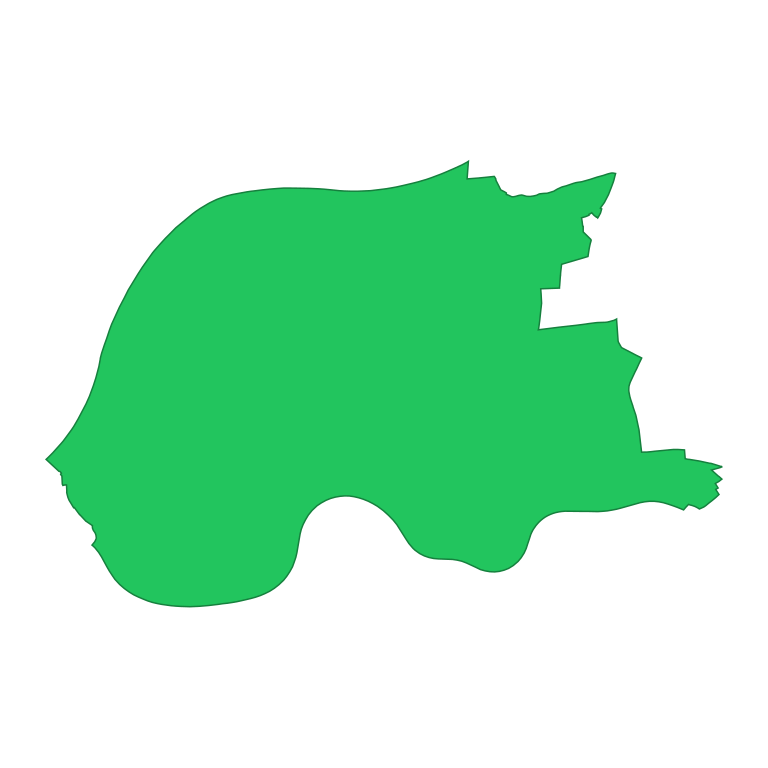 outline of West Maas en Waal, Gelderland, Netherlands
{"feature_id": "6326949B55972615712171", "entity_name": "West Maas en Waal", "entity_type": "district", "adm_level": 2, "iso_a3": "NLD", "parent_name": "Netherlands", "parent_adm1": "Gelderland", "projection": "albers", "projection_center": [5.532, 51.852], "detail": "fine", "context": "isolated", "style": "filled", "palette": "green", "viewbox_px": 768, "rotation_deg": 0, "n_neighbors": 0, "source": "geoboundaries", "source_scale": "gbopen_adm2", "svg_char_len": 5992}
<svg xmlns="http://www.w3.org/2000/svg" viewBox="0 0 768 768"><path d="M468.4,161.3L467.2,162.1L461.8,165.0L453.2,168.9L445.8,172.1L441.5,173.9L432.5,177.3L430.0,178.2L426.2,179.5L420.4,181.2L418.4,181.8L412.0,183.4L403.1,185.5L396.3,187.0L391.9,187.8L386.6,188.7L382.8,189.2L372.1,190.5L370.1,190.7L358.2,191.2L350.6,191.2L344.1,191.0L339.3,190.7L330.6,189.8L324.3,189.2L318.6,188.8L309.5,188.4L298.3,188.2L290.2,188.1L283.5,188.1L277.3,188.5L269.9,189.1L262.3,189.9L255.1,190.8L250.7,191.3L246.7,191.9L235.2,194.0L232.0,194.6L228.9,195.4L226.9,195.9L223.2,197.1L220.1,198.2L216.9,199.4L213.7,200.9L209.8,202.8L207.8,203.9L204.5,205.9L200.3,208.4L195.7,211.5L192.4,214.0L175.8,227.8L170.8,232.9L165.5,238.2L161.1,243.0L154.4,250.6L152.6,252.8L142.5,267.0L138.1,273.8L128.3,289.9L124.5,297.5L119.4,307.2L111.6,324.3L109.5,330.0L106.6,338.7L104.3,345.1L101.6,353.3L100.3,358.3L100.3,359.0L98.9,366.5L95.9,377.8L93.4,385.6L90.0,394.8L89.4,396.4L86.0,404.0L78.1,419.0L74.2,425.7L73.6,426.7L71.3,430.1L65.5,438.0L63.1,441.2L62.0,442.5L52.8,452.8L47.6,458.0L46.1,459.4L58.8,471.2L58.9,471.3L60.2,471.6L61.4,473.2L60.6,474.2L60.9,474.8L61.2,475.2L61.8,475.8L62.0,476.1L61.9,476.5L62.0,477.8L62.3,484.2L62.9,485.2L62.9,485.4L63.8,485.3L63.9,485.1L64.0,485.0L65.6,485.0L65.6,484.9L66.5,484.9L66.8,491.1L66.7,492.4L67.1,494.3L67.5,495.8L67.8,497.0L68.4,498.6L69.1,500.3L70.9,503.2L73.3,507.2L73.9,507.9L74.4,507.6L79.4,514.4L79.5,514.3L85.9,521.2L86.3,521.4L92.4,525.6L92.3,526.0L92.4,527.3L92.5,528.2L93.2,530.0L93.5,530.6L94.9,532.5L95.4,533.6L95.8,534.7L96.0,535.4L96.3,538.0L96.1,538.9L95.3,540.6L94.7,541.8L92.0,545.1L94.8,547.6L98.6,552.3L101.6,557.0L106.7,566.4L109.4,571.1L112.5,575.8L114.9,579.3L119.6,584.4L124.3,588.5L129.0,591.9L133.7,594.8L138.3,597.0L143.0,599.0L147.7,600.9L152.4,602.4L157.1,603.5L161.8,604.4L171.1,605.7L175.8,606.1L180.5,606.4L189.9,606.7L199.2,606.3L208.6,605.5L218.0,604.4L222.7,603.7L227.4,603.2L232.1,602.5L236.8,601.7L241.4,600.7L246.1,599.6L250.8,598.5L255.5,597.2L260.2,595.6L264.9,593.6L269.6,591.3L274.3,588.3L279.0,584.6L283.7,580.1L286.8,576.2L289.9,571.5L292.5,566.8L294.2,562.1L295.8,557.4L296.9,552.7L300.1,533.9L301.3,529.2L303.1,524.5L305.5,519.8L308.3,515.1L312.1,510.4L317.1,505.7L321.3,502.9L326.0,500.3L330.7,498.4L335.4,497.1L340.1,496.3L344.8,495.9L349.4,496.0L354.1,496.7L358.8,497.8L363.5,499.3L368.2,501.2L372.9,503.6L377.5,506.3L383.3,510.6L388.5,515.3L393.1,520.0L396.9,524.7L405.8,538.8L408.9,543.5L412.9,548.2L414.9,550.1L419.6,553.5L424.3,555.9L429.0,557.5L433.7,558.5L438.4,558.9L452.4,559.4L457.1,560.1L461.8,561.2L466.5,563.0L475.8,567.3L480.5,569.6L485.2,570.9L489.9,571.7L494.6,571.9L499.3,571.4L504.0,570.2L508.6,568.4L513.3,565.5L518.0,561.5L521.1,557.8L524.1,553.1L526.2,548.5L527.7,543.8L529.3,539.1L530.8,534.4L531.7,532.4L532.7,530.4L533.8,528.6L535.1,526.8L535.9,525.6L537.1,524.2L538.7,522.4L540.8,520.4L543.0,518.6L545.3,517.0L547.8,515.6L550.4,514.4L553.0,513.4L555.6,512.6L558.9,511.9L561.7,511.5L565.0,511.2L583.7,511.4L588.4,511.4L597.8,511.6L602.5,511.3L607.2,510.9L611.9,510.1L616.6,509.2L621.2,508.0L640.0,502.7L644.7,501.8L649.4,501.3L654.1,501.3L658.8,501.8L663.4,502.7L668.1,504.1L672.8,505.7L677.5,507.4L683.6,509.9L685.9,507.2L688.6,504.4L689.8,504.9L692.2,505.5L693.6,506.0L695.0,506.5L696.2,507.1L697.7,507.9L699.4,509.0L703.8,507.0L704.1,506.8L705.7,505.7L708.7,503.2L711.8,500.8L714.0,499.0L715.8,497.5L719.0,494.5L715.7,489.4L718.1,488.0L715.3,483.5L719.1,481.3L721.9,479.1L719.1,476.6L718.3,476.1L717.3,475.2L711.5,470.0L720.2,467.6L721.8,466.9L721.6,466.5L721.4,466.6L715.1,464.6L710.8,463.3L710.6,463.3L710.3,463.4L699.2,461.0L688.8,459.3L688.3,459.4L685.2,458.7L684.7,452.6L684.5,449.9L678.1,449.5L673.2,449.5L655.2,451.2L650.9,451.7L646.6,452.1L643.7,452.1L641.6,452.2L640.1,439.5L640.1,439.4L639.2,431.6L639.0,429.8L638.2,426.2L636.4,417.7L635.8,415.1L633.2,407.4L632.7,405.5L632.3,404.4L630.7,399.6L630.5,398.9L629.8,396.4L629.0,392.2L628.8,390.8L628.8,389.2L628.9,387.3L629.0,386.2L629.2,385.5L629.8,383.5L630.2,382.3L635.0,372.0L636.6,368.9L639.1,363.4L640.9,359.7L641.6,358.3L641.7,358.0L640.6,357.4L636.5,355.4L621.9,347.8L621.7,347.6L621.2,347.1L618.5,342.3L618.1,341.1L616.6,319.7L616.6,319.0L614.7,320.0L614.1,320.3L609.4,321.6L607.3,322.1L605.5,322.3L598.8,322.5L596.8,322.6L588.7,323.6L585.5,324.1L576.2,325.3L559.1,327.2L538.3,329.8L538.7,328.3L539.7,320.7L540.8,310.4L541.6,303.2L541.1,293.9L540.7,288.8L559.5,288.1L559.5,287.1L559.7,285.3L560.3,276.9L560.5,275.5L560.4,275.5L560.5,274.7L560.7,272.2L561.6,264.3L588.0,256.5L588.8,251.1L589.2,248.6L589.9,245.1L590.3,243.4L591.0,241.0L591.1,240.6L591.1,240.2L591.0,239.9L590.9,239.5L590.7,239.3L583.2,231.9L583.2,226.5L583.1,226.2L582.7,226.1L582.1,221.3L581.7,218.8L581.5,217.8L585.7,216.6L588.0,215.7L588.9,215.2L589.1,215.1L588.9,214.5L588.9,214.4L589.3,214.1L589.5,214.0L590.3,213.8L590.7,213.5L591.7,212.7L593.7,215.0L594.5,215.7L596.4,217.2L596.8,216.9L597.7,218.0L598.4,216.9L600.2,213.6L600.5,213.0L601.7,208.9L600.3,208.3L600.3,208.2L604.4,202.5L604.7,201.9L608.5,194.6L608.8,193.8L611.2,187.7L613.1,182.6L613.7,180.8L614.2,178.9L615.0,175.7L615.6,173.5L612.9,173.0L611.9,173.0L611.1,173.1L608.2,173.8L606.6,174.3L603.4,175.4L597.1,177.1L589.8,179.5L581.9,181.7L580.8,181.9L578.0,182.3L577.4,182.4L576.1,182.6L573.3,183.4L566.0,185.9L562.9,186.7L561.6,187.1L557.3,189.1L555.1,190.4L553.8,191.2L548.7,192.8L547.6,193.1L546.6,193.3L545.8,193.3L543.6,193.4L540.0,193.8L539.5,193.9L538.9,194.1L536.9,195.1L536.4,195.3L533.3,196.0L531.8,196.2L530.6,196.4L528.8,196.4L526.5,196.3L525.8,196.1L522.7,195.2L522.1,195.1L521.4,195.0L518.9,195.4L515.5,196.4L513.3,196.8L512.8,196.8L511.7,196.7L511.0,196.4L508.5,195.2L507.1,194.7L506.3,194.5L506.4,193.0L506.3,192.9L504.3,191.7L501.0,190.0L500.6,189.6L500.4,189.1L499.7,187.8L499.3,186.9L496.4,181.2L495.8,180.0L495.9,179.1L494.7,177.0L494.2,176.4L493.4,176.5L484.9,177.4L481.7,177.7L477.8,178.1L477.5,178.1L467.1,178.9L468.4,161.3Z" fill="#22c55e" stroke="#15803d" stroke-width="1.5"/></svg>